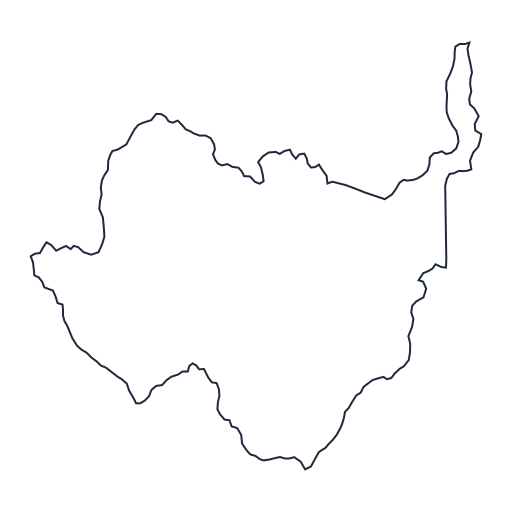 Corupá, Santa Catarina, Brazil (Equal Earth projection)
{"feature_id": "56859067B90375091770903", "entity_name": "Corupá", "entity_type": "district", "adm_level": 2, "iso_a3": "BRA", "parent_name": "Brazil", "parent_adm1": "Santa Catarina", "projection": "equal_earth", "projection_center": [-49.314, -26.428], "detail": "fine", "context": "isolated", "style": "outline", "palette": "slate", "viewbox_px": 512, "rotation_deg": 0, "n_neighbors": 0, "source": "geoboundaries", "source_scale": "gbopen_adm2", "svg_char_len": 3370}
<svg xmlns="http://www.w3.org/2000/svg" viewBox="0 0 512 512"><path d="M305.2,469.4L311.0,466.4L314.4,460.1L318.9,452.0L325.6,447.7L328.6,444.1L333.0,439.6L336.8,434.6L339.9,429.0L342.0,424.4L343.9,418.0L345.0,411.8L348.6,408.1L352.3,401.7L356.3,395.4L360.7,392.7L363.5,387.0L367.7,383.7L372.7,380.0L379.3,378.0L383.4,376.9L386.9,379.2L391.3,378.0L394.7,373.5L399.7,368.8L403.9,366.2L408.8,360.0L410.0,352.1L410.2,343.9L408.4,336.1L412.1,326.8L413.4,318.9L411.2,312.2L412.3,305.6L416.3,301.4L423.5,297.3L426.2,288.7L423.1,281.7L418.6,280.2L423.2,273.2L428.5,271.0L432.5,268.5L435.5,264.3L441.6,267.1L446.0,267.6L446.3,258.9L445.2,185.8L446.9,178.7L449.6,173.9L453.8,173.3L458.9,170.9L463.1,171.1L467.1,170.8L471.3,169.4L470.0,160.7L473.2,152.5L478.2,146.8L480.1,140.4L481.3,134.1L475.3,130.6L474.7,124.0L478.7,116.2L474.2,108.3L469.9,104.4L469.2,98.7L471.3,91.4L470.1,84.1L470.5,78.4L472.0,72.4L470.3,63.2L468.4,54.8L467.5,48.6L469.4,42.6L465.2,44.0L459.6,44.0L455.4,46.6L454.7,51.7L454.5,58.9L453.0,66.3L450.1,73.9L446.5,81.2L446.1,88.6L447.1,94.2L446.8,100.1L446.5,106.6L446.7,112.2L448.6,117.9L452.2,125.2L456.2,130.6L457.8,136.2L458.5,141.8L456.2,148.5L451.2,152.8L446.1,154.0L441.7,151.3L437.9,152.8L433.7,153.3L429.8,157.5L429.4,164.6L427.3,170.8L422.4,175.4L416.9,178.7L413.0,179.9L407.4,180.6L403.6,179.8L399.6,182.6L395.9,189.1L391.9,194.5L384.8,199.2L364.4,192.3L354.9,188.5L345.8,185.1L332.2,181.7L327.5,183.5L326.6,175.9L322.5,170.2L318.9,164.6L315.1,167.1L311.1,167.5L307.8,163.7L306.7,158.4L304.2,153.6L299.3,154.4L295.8,158.7L292.2,154.4L289.9,149.7L284.4,151.0L279.7,153.9L275.7,151.9L268.6,152.5L262.7,156.5L258.1,162.1L260.8,166.9L262.7,174.5L263.6,181.2L259.7,183.7L254.9,181.8L250.1,176.5L244.1,176.1L241.9,171.6L238.5,167.7L232.4,166.9L227.5,164.1L221.8,165.4L217.9,163.5L215.2,159.8L213.0,154.2L214.9,149.4L214.1,144.3L210.6,138.1L205.4,135.5L199.7,135.6L194.1,133.6L190.5,131.4L185.8,129.4L181.4,124.3L177.7,120.6L172.7,122.7L168.6,121.3L165.8,117.0L161.2,114.1L156.2,113.9L151.3,120.1L142.6,122.9L138.0,125.1L134.5,129.4L130.0,137.5L126.3,144.5L121.2,147.5L117.4,149.7L112.4,151.0L110.1,155.3L108.2,160.9L107.9,170.0L104.3,175.3L102.0,180.4L100.8,187.4L101.6,194.5L100.0,201.3L99.3,209.0L102.9,217.5L103.8,227.2L104.4,236.7L102.1,244.3L98.5,252.2L91.2,254.7L83.6,252.2L78.1,247.1L73.7,245.9L70.7,249.1L66.1,246.0L61.7,247.9L56.2,250.7L51.0,244.9L46.5,242.3L43.6,246.6L40.0,253.0L34.7,253.8L30.7,256.3L33.0,262.4L33.9,270.2L34.3,275.3L38.9,277.5L42.3,282.0L44.4,287.4L48.2,288.8L52.9,290.5L55.6,296.6L57.6,303.1L62.5,304.5L63.0,309.6L63.0,315.6L64.5,321.2L67.0,325.3L69.5,331.3L72.3,338.1L77.1,345.8L81.4,349.6L86.5,352.6L91.4,357.5L96.6,361.4L101.0,365.6L105.9,367.6L112.7,372.9L117.9,376.9L121.6,379.1L126.8,383.6L129.1,390.6L133.4,397.9L136.1,403.3L140.3,403.3L144.8,400.6L149.1,396.1L151.4,390.0L156.2,385.9L162.1,385.1L166.7,380.0L171.4,376.7L177.9,374.6L182.5,371.5L187.8,371.5L189.2,366.1L192.6,363.4L196.2,365.4L199.2,369.3L204.0,369.0L206.1,373.3L208.4,377.8L211.8,382.3L216.7,383.1L219.0,389.6L219.4,396.1L217.9,402.2L217.4,409.2L220.0,414.3L224.6,419.6L229.5,420.2L231.6,426.4L237.2,428.1L241.2,434.9L242.1,443.6L244.8,447.7L247.5,451.4L250.5,454.5L255.5,455.9L259.7,459.1L263.5,460.4L269.2,459.6L274.6,458.2L280.0,457.0L285.0,458.5L289.0,458.5L294.2,457.2L300.5,461.5L305.2,469.4Z" fill="none" stroke="#1e293b" stroke-width="2"/></svg>